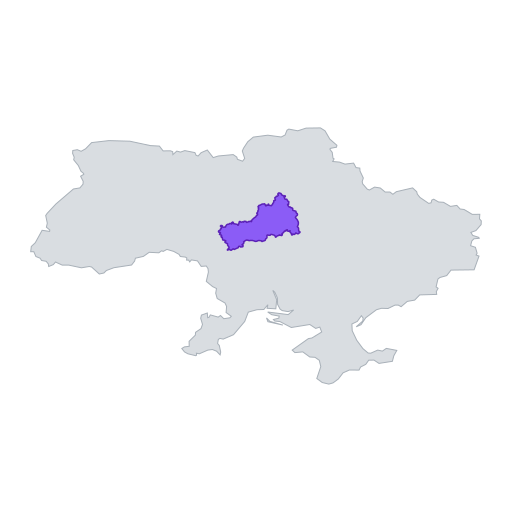 Cherkasy highlighted on a map of Ukraine
{"feature_id": "UKR-319", "entity_name": "Cherkasy", "entity_type": "Region", "adm_level": 1, "iso_a3": "UKR", "parent_name": "Ukraine", "parent_adm1": "", "projection": "equal_earth", "projection_center": [31.26, 49.352], "detail": "fine", "context": "in_parent", "style": "filled", "palette": "violet", "viewbox_px": 512, "rotation_deg": 0, "n_neighbors": 0, "source": "natural_earth", "source_scale": "10m", "svg_char_len": 9392}
<svg xmlns="http://www.w3.org/2000/svg" viewBox="0 0 512 512"><path d="M356.7,340.2L362.9,348.6L368.1,353.0L370.7,353.2L377.7,350.1L382.4,351.1L386.3,348.4L396.8,350.4L393.8,355.8L392.4,361.3L379.0,363.4L374.0,360.1L368.7,360.2L365.8,364.3L360.6,367.0L359.0,370.1L349.4,370.0L343.1,372.8L338.3,379.0L333.0,382.9L328.8,384.1L322.2,382.5L316.8,378.5L320.8,366.6L319.3,360.3L315.0,357.3L309.8,357.0L302.8,351.9L294.9,352.6L292.2,350.1L308.4,338.6L311.9,338.0L321.7,332.0L319.8,327.1L315.7,328.4L309.8,324.5L291.3,327.5L280.0,321.6L274.7,321.0L273.4,319.5L278.8,318.2L279.2,316.1L271.7,314.7L267.7,312.0L288.2,314.6L293.7,310.0L288.0,311.6L282.2,310.6L280.1,309.1L277.6,304.4L277.4,297.9L274.8,292.2L272.8,290.4L276.7,299.8L275.8,308.8L267.1,308.3L267.9,304.7L263.8,309.5L257.0,309.7L248.3,312.1L244.7,321.5L233.5,334.7L223.2,339.1L219.8,338.4L218.3,339.5L217.6,343.5L219.3,345.5L220.7,352.1L220.1,354.9L216.6,351.2L212.4,349.5L207.8,350.1L199.3,353.8L196.4,353.2L196.6,355.1L195.8,355.7L187.9,353.8L184.5,351.9L181.8,348.5L184.4,346.9L189.2,346.3L189.1,341.3L195.3,335.2L195.6,332.3L201.0,328.6L202.5,324.4L200.7,318.3L201.4,315.1L207.3,313.0L207.7,317.7L209.0,317.3L210.3,314.9L218.2,317.1L220.5,315.5L223.8,318.7L229.9,317.8L231.3,316.3L226.1,312.5L226.6,306.4L225.0,303.0L217.2,298.5L215.7,293.2L216.5,288.5L212.6,286.6L206.3,281.4L208.4,272.1L208.0,268.6L206.3,266.0L201.2,266.4L197.5,260.9L191.4,259.9L189.7,261.9L188.7,260.1L186.6,260.1L186.8,257.9L185.4,257.1L180.3,256.5L179.1,254.4L173.7,251.4L166.9,249.4L163.2,251.4L161.6,250.8L158.8,252.8L149.2,252.3L143.4,256.4L135.4,258.2L134.6,261.1L131.6,265.0L113.9,267.7L106.4,270.5L103.9,273.0L99.3,274.0L91.6,267.0L89.2,266.5L81.4,267.8L68.7,265.1L62.2,265.1L55.5,262.0L53.3,264.6L48.7,266.5L48.3,263.9L46.2,261.3L41.6,260.5L40.1,258.2L35.9,256.5L33.8,251.7L30.7,251.7L31.3,246.5L35.3,242.7L42.1,230.3L49.6,231.4L49.8,230.0L46.4,227.2L47.3,223.2L45.7,215.5L47.2,213.3L55.9,204.0L73.4,189.0L79.9,187.9L83.0,184.2L83.2,181.4L80.6,176.2L83.8,174.3L83.6,173.4L81.0,171.3L78.3,165.5L73.7,159.8L74.2,157.2L72.6,153.4L72.8,150.5L77.3,149.7L81.1,151.3L85.6,148.8L91.6,142.6L108.9,140.6L129.8,141.2L150.4,145.6L159.4,146.1L163.1,150.9L170.5,150.8L172.7,151.7L172.9,154.6L176.8,151.1L180.5,152.1L184.8,150.6L194.9,152.6L196.1,155.3L198.1,156.0L201.1,152.7L207.3,150.0L213.2,157.6L218.3,156.0L233.2,154.6L236.8,157.1L237.4,159.3L242.6,161.2L244.7,158.4L242.3,151.0L243.6,148.1L247.8,141.7L253.3,137.1L267.8,135.2L281.2,137.0L285.1,135.0L287.0,130.2L288.8,129.1L297.8,130.8L306.1,128.1L320.4,127.9L325.0,130.8L329.8,139.1L336.9,145.3L336.5,147.2L330.2,148.4L330.0,149.5L332.2,152.3L333.0,158.2L334.1,158.9L332.7,161.5L339.5,162.1L345.0,164.1L353.6,163.1L356.0,167.6L359.8,168.1L360.0,171.0L363.3,178.0L362.2,181.6L362.7,183.9L367.3,189.2L369.4,190.0L374.6,187.1L380.3,188.0L385.1,192.0L389.9,192.0L392.9,194.3L396.3,191.7L412.6,187.9L416.7,191.7L417.3,194.1L419.9,197.4L428.7,203.4L431.1,202.8L431.8,200.1L433.7,199.2L438.6,202.0L443.5,202.3L450.5,206.4L456.8,205.4L460.1,209.0L464.1,209.5L472.3,214.4L479.8,214.3L479.5,218.9L481.3,220.9L481.1,224.6L475.9,230.6L470.9,232.4L472.7,235.4L478.8,237.4L479.2,238.3L473.9,238.8L471.8,241.0L470.6,245.7L475.4,247.3L477.1,253.2L476.1,255.0L479.0,256.1L474.1,269.8L451.0,270.1L446.7,275.6L439.9,277.5L437.9,279.1L436.1,286.9L438.1,288.3L436.3,291.6L436.7,294.4L419.7,294.9L414.7,300.1L407.3,301.4L401.1,306.7L398.3,305.1L395.0,305.1L388.0,308.5L381.5,308.3L376.5,309.7L365.8,317.7L361.0,324.7L356.2,326.8L362.8,321.0L363.1,318.0L361.4,315.7L357.3,321.4L351.9,324.0L352.2,330.7L356.7,340.2ZM282.9,325.1L267.9,321.7L266.5,317.9L269.8,321.3L282.9,325.1Z" fill="#d9dde1" stroke="#a8b0b8" stroke-width="1"/><path d="M278.9,192.9L279.4,193.0L280.2,193.3L280.8,193.4L281.1,193.7L281.2,194.0L281.7,194.6L282.0,195.1L282.3,195.3L283.1,195.5L283.7,196.1L283.8,196.2L284.2,196.1L284.8,195.7L285.2,195.9L285.3,196.2L285.3,196.6L285.2,196.7L285.1,196.8L284.2,197.1L284.2,197.3L284.8,198.9L285.2,199.1L285.8,199.3L286.0,199.3L286.4,199.2L286.7,199.2L288.0,201.3L288.7,201.6L288.8,201.9L288.8,202.4L288.6,203.3L288.7,204.1L288.6,204.3L288.4,204.4L287.9,204.3L287.7,204.4L287.6,204.6L287.8,205.2L288.7,206.5L289.2,207.0L289.5,207.1L289.9,206.9L290.2,207.0L290.6,207.3L291.1,207.8L291.5,207.7L292.5,208.2L292.7,208.5L292.7,209.1L292.7,209.9L292.8,210.2L293.1,210.4L295.8,211.2L296.0,211.6L296.1,212.5L296.3,212.9L296.5,213.1L297.1,213.5L297.3,213.7L297.5,214.5L297.4,215.0L297.2,215.4L296.7,215.7L296.4,215.9L295.4,217.3L295.7,218.0L296.0,218.3L297.2,219.7L298.3,222.0L298.4,222.8L298.3,224.3L298.0,225.2L297.4,226.6L297.4,226.8L298.0,227.4L298.4,227.9L298.6,228.7L298.6,230.2L299.3,231.8L300.0,232.0L299.9,232.5L298.7,233.4L298.2,233.8L297.7,233.8L297.3,233.7L296.3,233.2L295.9,233.0L295.6,233.2L295.2,233.8L294.5,234.4L294.2,234.4L293.7,234.4L293.0,234.0L292.9,234.0L292.6,234.2L292.5,234.4L292.5,234.8L292.4,234.9L291.9,235.0L291.6,234.8L291.4,234.0L291.3,233.5L290.2,232.3L290.1,232.0L290.0,231.9L290.0,231.1L290.0,230.8L289.7,230.8L289.2,231.2L288.9,231.3L287.9,231.2L287.7,231.0L287.6,230.7L287.2,230.4L287.2,230.1L287.2,229.8L286.9,229.8L286.4,230.1L286.2,230.1L285.9,230.4L285.8,230.6L285.9,230.9L285.8,231.1L284.7,231.0L284.4,231.2L283.5,232.6L282.2,233.4L282.1,233.5L282.0,233.9L282.3,234.3L282.3,234.7L282.0,235.3L281.7,235.5L281.1,235.5L280.9,235.4L280.8,235.2L279.8,235.3L279.7,235.1L279.3,234.9L279.2,235.0L278.6,235.5L277.5,235.8L277.1,236.0L276.2,236.9L275.8,237.1L275.5,237.1L275.4,236.9L275.0,235.9L274.7,235.5L273.9,235.1L272.0,234.5L270.9,234.4L270.7,234.5L270.3,235.0L270.2,235.2L269.9,235.3L268.4,235.2L267.7,235.0L267.3,235.1L267.0,235.3L266.9,235.7L267.0,237.3L266.8,237.9L266.6,238.2L265.9,238.7L265.7,238.9L265.2,240.3L264.7,240.6L262.8,241.2L262.3,241.2L262.0,241.5L261.8,241.4L261.6,241.1L261.4,240.9L261.0,240.7L260.1,240.7L259.2,240.5L258.1,240.6L256.9,241.2L256.5,241.3L255.3,241.4L255.0,241.3L254.1,240.9L252.1,240.4L250.8,240.5L250.3,240.4L249.1,240.7L248.9,240.6L248.7,240.4L248.0,240.3L247.3,240.1L246.4,240.1L246.2,240.2L245.3,240.6L244.6,241.2L244.0,241.5L243.8,241.8L243.7,241.9L243.8,242.1L243.9,242.4L243.6,243.5L242.4,244.4L242.1,244.8L243.0,245.3L243.0,246.3L242.9,246.6L242.5,246.8L240.7,247.0L240.4,246.9L240.2,246.5L240.0,246.4L239.5,246.3L238.9,246.4L238.6,246.5L238.2,247.7L234.9,249.1L234.7,249.4L234.4,249.4L234.0,249.3L233.7,249.2L233.4,248.9L232.9,249.0L232.2,249.5L231.5,250.1L231.2,250.2L230.4,250.1L229.8,249.6L229.4,249.5L229.0,249.6L227.8,250.0L227.5,250.1L227.4,250.0L227.4,249.9L227.5,249.5L228.1,249.0L228.2,248.8L228.4,248.4L228.6,248.3L228.8,248.2L229.0,247.9L229.0,247.6L228.9,247.0L228.5,246.4L228.1,245.9L227.6,245.1L227.5,244.7L227.5,243.7L227.2,243.5L226.2,243.1L225.3,242.6L225.0,242.3L224.9,242.0L225.0,241.7L225.2,241.4L225.7,241.2L225.8,241.0L225.6,240.9L225.2,240.6L224.7,240.2L223.9,240.2L222.9,240.0L222.7,239.8L222.3,237.8L222.2,237.5L221.5,237.3L221.3,237.1L221.2,236.9L221.1,236.5L221.2,236.3L221.6,236.1L221.6,235.9L221.5,235.4L221.2,235.0L220.9,234.9L220.4,234.9L219.5,234.3L219.5,234.2L219.7,233.9L219.9,233.5L220.0,233.3L220.4,233.2L220.5,233.0L220.4,232.6L220.2,232.4L218.9,232.2L218.6,232.0L218.5,231.6L218.5,231.2L218.9,230.7L219.9,230.1L220.4,229.9L220.5,229.7L220.5,229.0L220.7,228.8L221.3,228.5L221.3,228.4L221.2,227.5L221.5,227.1L221.4,226.8L221.2,226.5L220.5,226.2L220.5,225.9L221.1,225.4L222.1,225.6L222.3,225.8L221.9,226.1L221.9,226.4L222.2,226.7L222.7,227.1L223.1,227.2L224.6,227.1L225.2,227.1L225.5,226.9L225.4,226.6L225.5,226.4L226.1,225.7L226.3,225.4L226.5,225.0L226.7,224.8L227.5,224.3L228.6,224.2L229.0,224.1L229.3,223.8L229.7,223.5L230.8,223.6L231.5,223.9L231.6,223.7L231.3,223.2L231.6,222.8L231.9,222.6L232.4,222.2L232.5,222.1L233.3,222.4L233.2,222.6L233.0,222.9L232.8,223.3L232.8,223.5L237.4,224.4L237.6,224.5L237.6,224.8L237.7,225.1L238.0,225.2L238.4,225.0L238.9,223.3L239.1,222.8L239.1,222.2L239.2,221.9L239.4,221.7L239.6,221.5L240.0,221.5L240.3,221.6L240.6,221.8L240.9,222.2L241.1,222.3L242.0,222.0L242.4,221.8L242.7,221.8L243.4,222.1L243.5,222.1L243.7,221.9L244.2,221.2L244.3,221.2L244.7,221.4L245.0,221.5L245.4,221.4L245.8,221.3L246.0,221.5L246.5,222.3L246.8,222.4L247.4,222.1L248.2,221.9L248.7,221.5L248.9,221.4L249.5,221.6L250.4,221.1L250.6,221.2L250.9,221.5L251.0,221.5L251.4,221.6L251.6,221.3L251.6,220.7L251.7,220.4L252.4,219.4L253.1,218.9L253.6,218.4L254.5,217.6L255.6,217.0L255.8,216.7L256.3,215.8L256.4,215.7L257.5,214.9L257.6,214.3L257.6,214.0L257.4,213.8L257.1,213.8L256.9,213.7L256.8,213.4L256.9,213.1L257.0,212.8L257.4,212.5L258.0,211.2L257.9,210.7L258.4,209.8L258.6,208.7L258.5,208.4L258.3,208.2L258.2,208.0L258.3,207.7L258.6,207.3L258.6,207.0L258.1,206.6L258.2,206.4L258.5,206.1L258.9,205.5L259.2,205.3L260.1,205.2L262.0,204.1L262.6,204.0L263.5,204.0L264.4,203.8L264.6,203.9L264.8,204.0L265.0,204.5L265.4,204.9L265.4,205.4L265.9,205.9L266.0,205.9L266.3,205.3L266.5,205.1L267.2,205.3L267.5,205.3L267.9,205.2L268.0,204.9L268.1,204.4L268.2,204.2L268.5,204.1L268.7,204.3L268.7,205.2L268.9,205.3L271.3,205.7L271.5,205.6L272.1,204.7L272.6,204.2L272.7,203.5L273.4,202.8L273.7,202.1L273.8,201.6L273.7,200.9L273.8,200.7L274.0,200.6L275.0,200.3L275.3,200.1L275.4,199.9L275.1,199.3L275.0,198.4L274.8,197.9L275.1,197.5L276.0,196.9L276.4,196.2L276.9,196.3L277.3,196.2L278.2,195.5L278.4,195.2L278.3,194.8L277.8,194.2L277.9,193.8L278.1,193.5L278.5,193.1L278.9,192.9Z" fill="#8b5cf6" stroke="#5b21b6" stroke-width="1.5"/></svg>